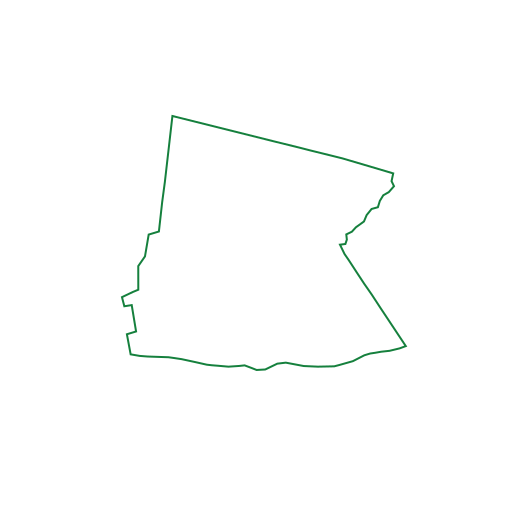 the district of Chuí, Rio Grande do Sul, Brazil, rotated 233°
{"feature_id": "56859067B65992247810501", "entity_name": "Chuí", "entity_type": "district", "adm_level": 2, "iso_a3": "BRA", "parent_name": "Brazil", "parent_adm1": "Rio Grande do Sul", "projection": "orthographic", "projection_center": [-53.439, -33.652], "detail": "fine", "context": "isolated", "style": "outline", "palette": "green", "viewbox_px": 512, "rotation_deg": 233, "n_neighbors": 0, "source": "geoboundaries", "source_scale": "gbopen_adm2", "svg_char_len": 1110}
<svg xmlns="http://www.w3.org/2000/svg" viewBox="0 0 512 512"><g transform="rotate(233 256 256)"><path d="M239.4,415.3L281.9,383.8L290.8,376.6L303.7,366.1L307.5,363.0L316.4,355.9L336.9,339.2L418.1,273.5L369.9,227.7L355.5,213.5L334.0,193.2L337.7,183.2L322.5,167.1L318.8,155.9L299.9,141.7L301.4,135.9L303.8,124.2L295.1,120.6L291.6,127.2L267.9,114.8L271.2,105.8L252.9,96.7L246.2,103.0L240.9,109.0L233.7,117.9L227.8,125.2L223.9,129.1L218.4,134.5L208.0,143.5L198.8,151.3L195.3,155.0L191.4,159.4L184.2,167.4L178.3,176.4L175.5,181.1L168.7,185.4L164.6,187.9L159.8,195.1L157.2,208.2L152.9,215.6L139.4,227.9L130.4,238.8L120.8,252.1L118.9,256.7L113.7,270.1L111.5,282.8L109.4,288.5L107.0,292.9L104.2,298.4L99.9,305.6L95.8,315.1L93.9,321.4L110.4,322.4L138.9,324.1L150.9,324.9L155.2,325.2L162.8,325.5L168.5,325.7L173.2,326.0L182.6,326.6L192.6,327.3L197.2,327.6L204.3,327.9L214.5,329.9L211.8,334.6L214.4,338.4L218.9,341.1L217.7,347.2L218.8,353.1L218.6,363.0L222.1,369.0L224.0,376.6L221.6,382.7L225.5,388.1L227.9,394.2L227.1,400.5L228.7,408.2L234.2,409.3L239.4,415.3Z" fill="none" stroke="#15803d" stroke-width="2"/></g></svg>